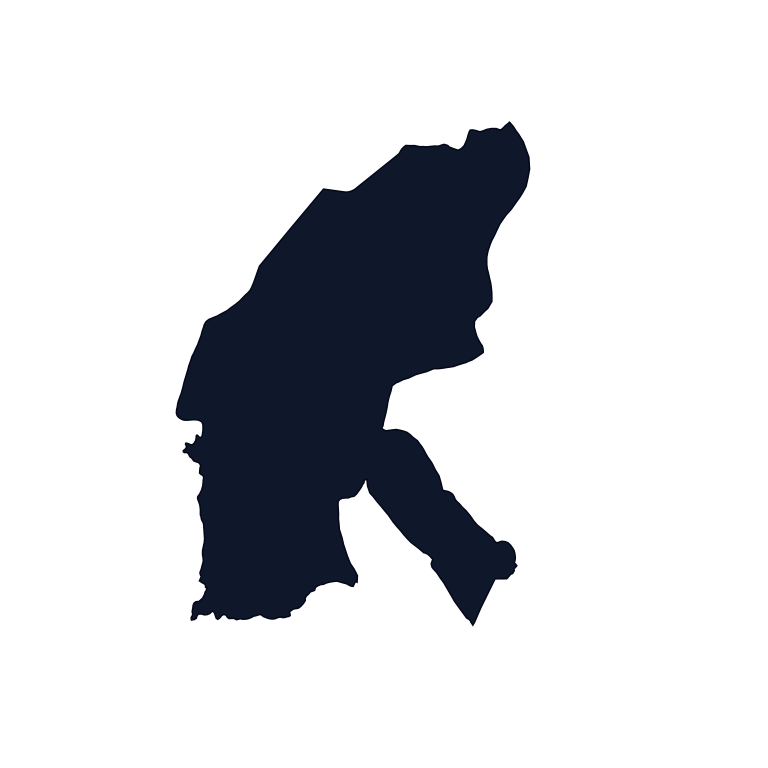 outline of Chol Kiri, Kâmpóng Chhnang, Cambodia, rotated 201°
{"feature_id": "14789045B95522882738357", "entity_name": "Chol Kiri", "entity_type": "district", "adm_level": 2, "iso_a3": "KHM", "parent_name": "Cambodia", "parent_adm1": "Kâmpóng Chhnang", "projection": "mercator", "projection_center": [104.817, 12.155], "detail": "fine", "context": "isolated", "style": "filled", "palette": "ink", "viewbox_px": 768, "rotation_deg": 201, "n_neighbors": 0, "source": "geoboundaries", "source_scale": "gbopen_adm2", "svg_char_len": 6165}
<svg xmlns="http://www.w3.org/2000/svg" viewBox="0 0 768 768"><g transform="rotate(201 384 384)"><path d="M516.3,218.8L516.5,217.3L516.6,215.0L517.1,213.8L517.5,212.0L517.0,210.3L515.5,208.5L514.0,206.8L512.5,204.9L510.3,200.8L510.0,199.8L508.4,195.8L507.5,195.0L506.9,193.8L505.7,192.0L504.5,190.9L503.7,190.3L502.6,189.1L502.0,188.2L495.8,174.7L495.6,173.7L494.9,171.4L494.7,169.5L494.2,166.8L493.8,163.9L492.3,159.7L490.9,157.4L489.4,154.4L489.1,153.1L488.6,148.4L488.4,147.0L488.2,145.0L488.3,143.7L488.2,142.0L487.8,141.1L486.6,139.6L485.6,138.9L485.6,137.6L485.8,134.1L482.5,133.3L479.8,133.0L478.4,131.9L477.7,130.2L476.1,129.9L476.0,126.9L476.4,125.9L476.3,124.9L476.1,123.5L476.6,119.0L478.7,114.8L481.6,113.3L482.8,111.4L482.9,109.1L482.2,106.4L481.6,103.1L481.1,102.0L480.3,100.9L479.9,99.5L480.3,96.9L479.9,95.9L479.2,94.6L476.6,96.2L475.3,98.1L475.5,100.8L474.8,102.7L471.9,103.9L469.0,104.1L466.5,105.3L464.3,107.4L463.4,109.5L462.7,110.4L461.3,110.2L459.8,109.1L456.8,105.3L455.0,104.7L453.8,106.1L453.2,107.5L453.0,108.5L452.4,109.8L451.0,111.5L449.1,111.6L447.8,111.0L446.5,110.0L444.5,109.5L442.2,110.6L440.2,111.4L437.2,111.1L433.9,113.5L431.8,113.7L429.5,114.7L427.6,115.6L425.6,117.2L423.8,118.9L422.5,120.6L420.9,121.5L418.5,123.4L417.1,124.4L415.9,124.5L413.2,123.7L411.9,123.7L409.7,123.7L407.6,123.8L405.7,124.1L404.1,124.6L402.1,125.5L398.8,128.4L397.4,129.2L396.4,129.5L395.0,129.6L392.6,130.7L391.4,131.8L389.4,133.0L388.6,134.2L389.1,135.3L390.3,136.7L390.1,138.3L388.7,140.4L387.7,141.7L385.6,142.8L383.5,144.2L382.1,146.4L380.6,150.2L379.9,153.5L380.9,155.9L380.4,158.6L379.3,160.5L378.3,163.5L374.9,166.4L375.1,169.6L373.3,172.1L371.3,174.0L368.6,175.4L366.9,177.3L363.3,179.9L359.7,181.9L357.3,183.1L354.5,183.4L351.1,183.7L347.5,184.1L342.5,183.5L340.3,184.0L339.9,189.3L338.1,189.3L340.1,195.5L345.4,200.3L351.2,204.4L356.3,209.9L364.3,219.7L367.9,225.1L373.6,232.3L376.0,237.4L378.3,241.9L380.0,246.7L383.5,254.4L384.7,257.8L383.9,260.6L381.7,262.6L378.9,263.9L376.4,265.0L374.1,267.1L371.8,268.4L370.2,271.5L368.3,278.8L367.8,283.3L367.4,284.4L367.9,287.0L365.9,289.1L362.6,282.6L358.1,277.2L353.8,275.1L348.4,271.8L343.4,269.1L337.1,265.5L332.7,263.1L325.9,258.4L321.7,256.0L315.9,253.0L311.1,250.2L306.4,247.8L302.0,245.8L292.3,242.9L286.2,240.7L285.0,241.0L282.3,240.8L279.1,239.6L277.3,238.6L275.7,238.0L275.5,233.2L274.8,232.0L273.7,230.4L272.6,229.6L270.2,228.3L267.8,227.2L265.5,225.7L261.8,223.0L257.1,220.0L244.5,209.9L240.3,206.4L222.9,195.1L219.9,194.7L218.4,193.8L217.5,192.8L214.6,190.7L214.1,194.2L213.4,210.0L210.5,241.9L199.6,246.2L198.7,248.5L197.6,251.8L196.0,253.2L195.8,254.6L195.5,256.5L196.5,257.7L195.4,260.4L194.9,262.0L197.5,263.5L198.5,263.9L198.4,266.1L199.3,269.3L201.1,272.6L202.8,275.0L204.8,276.7L207.8,278.7L211.2,280.2L214.3,280.3L217.7,279.4L220.2,277.4L221.7,276.0L224.2,276.9L227.7,279.6L230.6,280.3L240.3,283.8L246.1,285.6L251.0,288.2L256.2,291.8L262.3,295.2L266.7,297.0L271.4,299.5L273.4,300.2L275.1,301.1L276.4,302.0L278.1,303.9L280.4,305.7L282.9,306.4L285.4,306.6L287.2,306.4L290.4,305.8L291.3,306.2L296.2,313.3L299.7,317.9L305.8,322.6L309.6,326.2L311.8,328.0L316.9,331.4L319.9,333.8L323.4,336.9L326.7,339.4L329.2,340.8L332.4,343.0L338.0,344.6L341.2,346.0L345.2,347.1L348.8,347.0L352.2,346.6L356.3,345.9L360.3,343.8L365.4,341.0L367.6,341.1L369.4,341.5L370.3,342.4L370.0,344.7L370.7,347.8L371.2,351.9L371.7,356.6L372.7,362.8L374.0,368.8L374.7,374.2L375.0,379.8L375.8,385.2L373.1,389.5L371.2,391.2L367.8,394.9L362.9,398.7L357.9,404.0L353.3,407.5L348.6,410.9L343.1,416.1L338.5,417.9L335.3,419.6L331.5,421.8L325.6,425.1L320.3,429.5L315.0,433.6L313.5,435.3L310.4,438.0L307.1,442.5L302.7,448.9L303.2,450.5L304.5,452.9L306.0,454.9L308.2,456.3L310.5,458.2L314.2,461.5L316.9,465.0L320.2,469.6L322.0,475.1L320.7,479.7L318.7,482.1L316.0,488.3L314.2,491.7L312.9,499.7L314.3,503.5L316.3,508.3L318.7,513.1L320.8,516.8L323.4,520.5L324.8,522.7L326.9,525.8L328.9,528.6L330.8,532.2L332.7,537.1L333.6,539.7L334.6,545.5L334.9,551.4L334.9,556.2L334.2,561.8L333.7,568.8L333.2,575.0L331.7,581.3L330.8,584.7L330.1,586.9L329.2,589.1L327.7,593.2L326.0,600.1L324.2,606.9L323.1,612.6L322.2,619.5L323.4,627.5L325.1,636.8L327.5,642.0L330.0,647.6L340.9,660.2L343.8,662.3L347.4,665.1L351.5,667.7L355.0,670.3L357.9,672.0L360.7,673.4L361.4,671.8L362.1,670.6L363.3,668.6L364.3,666.2L365.9,663.2L367.9,662.7L370.8,662.7L375.2,661.0L378.9,658.8L380.4,657.5L382.1,655.9L384.7,653.9L386.2,653.7L388.4,653.6L390.0,653.4L392.5,652.9L394.4,652.0L394.8,650.3L394.7,647.0L394.3,643.2L394.3,638.9L394.6,635.1L396.3,631.3L398.6,628.8L403.9,628.6L407.9,628.6L410.0,629.5L413.0,629.4L414.3,628.9L416.1,627.5L418.0,625.8L420.1,624.9L422.2,624.2L424.8,622.9L429.3,620.6L432.6,619.6L435.6,618.4L441.0,617.5L443.9,616.3L446.9,615.2L449.0,614.6L450.2,612.8L451.6,609.7L452.1,606.9L452.4,604.6L454.6,600.6L481.3,554.8L483.7,552.3L486.1,550.5L487.6,549.8L489.7,549.1L510.3,544.3L526.5,497.0L542.5,449.4L542.0,431.7L542.2,426.5L542.6,423.4L543.5,420.9L545.1,417.7L546.8,413.8L548.6,409.5L550.9,405.5L553.7,401.2L557.0,395.9L560.5,391.9L564.5,387.2L567.1,384.9L569.0,383.0L570.6,381.6L572.4,378.5L573.0,375.1L572.8,372.4L572.6,367.7L572.1,363.4L572.1,359.0L572.0,353.8L572.4,349.6L572.6,344.6L573.1,341.1L572.8,336.1L572.7,331.2L572.2,326.6L571.3,314.6L570.5,308.7L569.9,302.4L569.9,297.6L569.8,293.8L569.4,291.2L568.7,288.0L568.5,286.0L567.4,282.4L565.9,280.5L564.5,279.6L562.8,279.0L561.2,278.7L558.8,278.5L557.2,278.8L555.2,279.5L551.1,281.4L548.8,282.5L545.4,283.6L544.1,283.7L542.4,283.7L540.5,283.3L538.6,281.4L537.9,279.8L536.4,275.9L535.6,272.4L535.1,270.0L535.7,268.5L537.3,268.1L539.2,269.0L540.3,269.3L540.7,268.3L539.9,266.0L539.6,263.5L540.0,260.6L541.2,258.5L542.7,258.0L545.4,258.2L547.7,257.9L547.8,256.7L547.0,256.0L546.1,254.9L545.7,253.6L546.5,251.4L547.5,249.9L547.0,248.8L545.9,248.4L543.5,249.4L541.5,248.8L539.9,247.2L538.6,246.3L537.1,246.0L535.5,245.1L534.3,244.1L533.3,244.0L528.9,244.2L526.6,242.9L525.9,241.9L525.7,240.0L525.2,237.8L524.2,234.7L522.4,234.0L520.5,233.7L519.1,232.6L518.7,231.4L518.3,229.4L517.3,226.4L516.7,223.9L516.3,220.0L516.3,218.8Z" fill="#0f172a" stroke="#020617" stroke-width="1.5"/></g></svg>